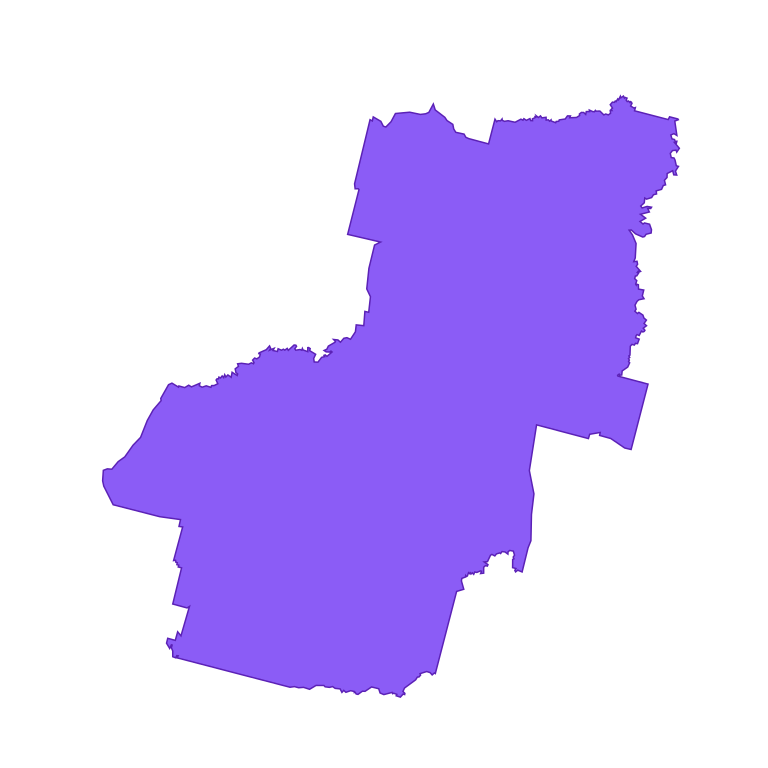 outline of Golden Plains, Victoria, Australia, rotated 276°
{"feature_id": "25037944B31372279830401", "entity_name": "Golden Plains", "entity_type": "district", "adm_level": 2, "iso_a3": "AUS", "parent_name": "Australia", "parent_adm1": "Victoria", "projection": "natural_earth1", "projection_center": [143.959, -37.852], "detail": "fine", "context": "isolated", "style": "filled", "palette": "violet", "viewbox_px": 768, "rotation_deg": 276, "n_neighbors": 0, "source": "geoboundaries", "source_scale": "gbopen_adm2", "svg_char_len": 6119}
<svg xmlns="http://www.w3.org/2000/svg" viewBox="0 0 768 768"><g transform="rotate(276 384 384)"><path d="M235.6,127.3L228.6,174.8L227.9,195.8L220.9,195.0L220.8,198.7L186.4,193.2L186.9,195.1L184.9,195.7L184.7,197.1L182.7,196.9L182.4,198.8L180.5,198.5L180.0,201.9L143.1,196.9L140.7,211.6L142.5,213.8L112.3,208.4L116.0,204.7L107.2,203.2L108.5,195.5L103.5,194.8L98.6,198.5L102.4,199.8L102.2,200.6L99.5,200.1L96.4,201.8L90.7,202.4L89.9,205.5L92.2,206.3L92.2,207.7L90.0,206.9L72.6,322.2L73.7,326.6L73.0,330.9L73.9,335.7L72.6,341.9L77.1,347.9L77.9,355.7L76.7,357.1L76.6,361.5L77.7,364.5L76.2,367.2L76.2,372.2L72.9,374.4L75.1,376.0L73.4,378.3L75.5,382.9L75.1,386.5L74.0,386.7L74.4,387.6L72.8,388.7L72.6,390.6L76.2,394.6L76.4,397.3L81.4,403.3L80.4,410.6L76.3,412.4L75.1,416.3L78.1,424.3L76.9,425.0L77.5,425.9L76.7,429.2L75.2,428.7L74.3,433.0L77.6,435.4L77.3,437.0L78.5,437.1L80.2,435.0L83.8,436.2L93.1,446.4L96.0,447.8L96.3,449.4L98.3,450.8L99.7,450.1L102.5,456.5L101.8,460.0L99.7,462.3L101.9,464.3L101.4,465.3L185.3,477.9L188.2,484.8L196.2,481.6L198.8,481.7L200.6,485.3L201.9,485.3L201.1,486.0L201.8,487.0L205.2,487.8L204.1,489.4L205.3,489.6L204.4,490.8L205.4,491.6L204.1,493.1L206.5,493.9L206.3,496.0L208.2,499.5L208.0,500.6L205.6,499.9L206.3,502.9L212.2,502.3L214.0,503.9L213.7,505.8L215.2,506.3L217.5,502.3L218.2,505.5L224.8,507.8L225.8,509.1L224.6,512.2L226.8,513.6L228.1,516.8L227.6,517.7L229.7,518.9L229.6,521.9L227.8,525.0L230.0,524.9L231.6,526.4L231.3,530.1L227.4,531.7L225.4,530.6L223.7,531.5L223.0,530.3L214.8,531.1L214.3,534.5L212.3,533.6L210.9,534.5L212.8,536.5L211.5,541.0L236.2,544.4L243.5,546.5L269.6,544.3L290.4,544.6L313.1,537.6L359.3,540.0L351.1,593.0L355.5,593.8L358.4,604.1L355.4,603.8L353.5,615.2L345.5,630.1L344.7,636.6L411.5,646.6L416.3,615.8L417.1,615.4L418.4,616.8L417.4,617.4L417.8,619.5L421.9,619.5L426.3,624.6L430.8,626.1L431.8,624.9L433.4,625.5L434.9,624.5L436.1,625.6L437.5,624.6L438.4,625.6L447.3,625.0L449.3,626.4L448.9,628.9L450.7,629.8L450.6,631.9L455.3,633.1L456.3,629.4L458.5,629.7L459.6,630.5L458.9,632.7L463.5,634.5L462.8,636.0L463.5,637.3L464.7,637.9L466.6,636.0L469.4,639.0L471.4,636.3L475.0,638.3L476.8,635.6L479.6,634.3L481.9,630.0L480.6,628.7L482.6,625.9L484.7,626.9L488.7,625.4L492.6,627.0L494.4,628.6L496.0,633.7L498.6,631.7L504.6,632.5L505.0,627.2L509.3,626.6L509.7,624.7L508.8,624.5L509.7,623.8L513.2,624.6L515.0,622.3L517.6,622.7L518.0,624.1L520.9,625.6L521.4,624.2L522.7,625.0L522.0,625.6L522.8,627.4L527.4,622.5L529.6,623.7L532.5,622.8L531.8,619.6L535.6,620.7L550.1,620.0L558.3,615.5L562.6,611.7L563.0,613.9L559.6,618.5L557.2,626.0L557.9,627.7L560.3,629.0L562.1,633.9L565.4,633.9L570.7,631.4L571.4,626.2L570.2,624.9L572.4,621.6L576.3,626.9L579.6,621.3L582.8,629.9L586.1,627.9L586.4,630.9L587.8,631.6L588.1,627.1L586.1,622.3L587.8,620.7L591.4,623.9L596.2,623.9L595.3,625.8L597.4,630.7L600.4,632.2L601.5,635.2L604.5,634.5L606.6,639.7L610.6,641.0L611.5,643.2L615.9,641.6L619.0,643.9L622.9,643.6L626.3,648.8L622.3,650.3L622.4,653.3L626.2,651.6L631.2,654.1L631.6,651.9L637.2,650.0L639.1,648.8L639.2,646.0L643.3,644.6L646.3,646.5L647.1,650.0L645.2,650.9L649.3,653.1L654.3,647.9L654.1,649.6L656.0,649.9L655.8,648.1L657.5,647.4L657.9,644.8L661.6,643.2L663.3,646.2L661.8,649.3L675.9,645.7L677.6,649.1L678.3,648.6L679.6,640.1L676.7,639.0L681.9,604.6L685.2,605.1L684.6,603.7L686.3,600.2L689.0,601.3L690.2,600.6L690.6,599.5L689.6,599.2L691.0,597.5L690.3,596.4L691.6,595.2L693.7,595.8L694.2,593.8L693.5,593.2L695.4,592.0L693.4,589.7L694.9,589.0L691.2,587.6L692.0,586.7L689.1,585.3L689.6,584.4L688.2,583.7L688.2,581.7L685.4,579.8L682.3,582.4L680.7,581.1L679.8,582.0L679.6,580.4L676.9,581.0L675.1,579.0L675.7,576.3L674.6,574.5L678.0,570.2L677.5,566.3L678.2,565.6L676.8,564.8L676.7,563.2L677.9,559.6L676.4,560.0L676.1,556.7L673.2,556.4L674.9,554.2L674.7,551.9L672.9,550.1L671.5,550.5L669.2,547.6L668.2,540.8L670.1,541.4L669.8,538.4L666.5,536.5L665.0,530.7L663.5,530.3L663.1,527.8L661.8,527.4L663.1,522.6L664.1,522.5L662.7,521.1L663.9,519.8L663.4,517.7L666.2,517.3L665.2,513.2L667.0,511.6L665.2,509.7L666.6,507.4L665.7,507.9L665.7,506.3L664.9,506.7L663.2,503.9L661.4,504.2L661.3,502.3L663.2,501.4L661.1,498.0L662.5,495.4L660.9,494.6L661.7,492.5L658.0,487.0L658.8,479.9L657.8,476.3L658.6,474.0L659.9,473.7L657.9,472.4L657.8,469.8L656.6,468.7L659.0,466.7L633.7,462.9L636.9,442.7L637.9,439.6L640.9,437.5L641.8,429.1L644.9,426.7L649.4,425.3L652.6,419.1L655.6,416.6L661.9,406.3L667.6,403.8L658.8,400.2L657.1,397.2L655.9,392.0L657.0,381.2L654.2,367.1L645.6,363.6L639.8,359.0L640.3,356.4L644.9,353.4L648.5,345.4L644.4,344.9L645.4,342.5L580.0,333.8L575.1,334.9L575.5,338.0L574.7,338.8L529.0,332.2L524.8,365.7L521.2,360.1L497.5,356.9L476.8,356.9L469.4,361.4L453.7,361.3L454.2,357.4L439.9,357.8L439.9,350.2L432.9,350.1L425.0,346.0L426.2,342.3L425.3,339.3L421.0,336.3L423.0,333.6L423.0,329.2L421.3,331.2L420.4,330.9L415.9,324.7L412.6,323.5L411.1,320.9L409.9,323.1L410.1,326.7L411.2,327.8L410.4,329.0L405.5,324.4L406.8,322.5L406.2,321.3L405.0,322.1L404.0,319.2L398.8,316.0L398.6,312.3L402.0,311.4L406.4,312.9L409.4,306.6L411.5,306.9L412.4,305.2L412.2,304.4L408.2,304.8L409.4,299.9L410.8,299.1L409.0,298.7L409.5,296.8L408.4,292.7L409.7,291.6L412.3,293.1L413.4,292.3L413.4,290.5L407.5,285.3L409.3,284.0L407.3,281.8L408.1,280.3L406.9,278.5L408.0,275.0L405.2,274.6L405.7,270.1L408.0,271.0L405.7,266.7L407.5,267.6L409.9,266.2L405.8,263.3L401.9,256.5L401.1,256.3L400.8,257.9L397.8,257.3L395.7,254.9L396.3,252.6L394.0,250.8L391.7,252.5L390.5,252.1L391.2,249.9L389.5,247.3L389.7,240.1L388.8,236.3L386.3,237.4L383.5,234.4L380.0,235.5L378.7,237.4L377.1,237.1L379.8,231.7L374.7,231.3L376.7,227.8L374.4,226.0L376.6,224.6L373.6,223.9L375.1,222.2L372.9,220.8L373.6,219.1L371.8,218.8L371.7,217.4L370.4,216.6L366.9,218.7L364.7,215.2L364.4,212.7L362.6,212.2L363.6,207.4L361.8,203.4L363.0,200.5L365.5,200.8L361.0,192.8L362.4,189.9L359.6,186.2L360.6,180.2L359.4,180.0L362.7,173.0L360.8,169.8L346.3,163.5L344.2,164.1L334.2,157.2L323.0,152.4L305.5,147.5L296.9,140.8L284.4,133.8L279.1,127.8L270.8,122.2L270.7,117.7L268.8,113.9L258.3,114.3L253.1,116.0L235.6,127.3Z" fill="#8b5cf6" stroke="#5b21b6" stroke-width="1.5"/></g></svg>